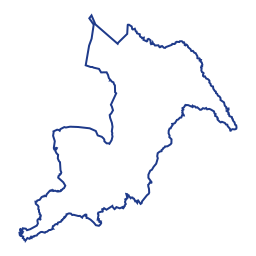 the district of Zacualpan, México, Mexico
{"feature_id": "50627088B66940099023343", "entity_name": "Zacualpan", "entity_type": "district", "adm_level": 2, "iso_a3": "MEX", "parent_name": "Mexico", "parent_adm1": "México", "projection": "robinson", "projection_center": [-99.827, 18.714], "detail": "fine", "context": "isolated", "style": "outline", "palette": "blue", "viewbox_px": 256, "rotation_deg": 0, "n_neighbors": 0, "source": "geoboundaries", "source_scale": "gbopen_adm2", "svg_char_len": 5802}
<svg xmlns="http://www.w3.org/2000/svg" viewBox="0 0 256 256"><path d="M78.1,127.0L70.0,126.7L65.9,127.5L64.3,127.1L60.4,129.1L59.7,130.7L58.8,130.0L57.1,129.7L53.5,131.4L53.7,131.8L53.1,135.8L54.8,141.2L53.8,148.0L54.2,149.3L54.5,149.3L56.1,147.8L56.9,148.1L56.3,149.3L55.2,150.3L55.3,150.8L56.6,153.4L58.1,154.8L57.8,158.4L58.9,161.0L60.0,162.2L60.5,170.3L61.3,172.4L60.9,173.7L59.8,174.2L60.0,174.7L58.5,176.1L58.2,177.7L63.3,182.3L65.3,185.7L64.0,188.2L62.8,188.8L62.0,189.9L61.1,190.0L60.9,191.0L59.8,191.4L58.7,191.0L58.1,191.5L57.6,191.0L57.0,191.4L55.2,190.7L53.4,191.0L53.2,190.5L52.7,190.7L52.2,190.1L51.8,190.6L51.0,190.8L50.8,190.4L49.9,190.7L46.7,194.3L46.0,196.2L44.4,195.7L43.8,196.5L43.0,196.4L41.6,197.1L39.7,199.8L37.3,200.5L36.6,201.7L35.5,201.7L35.8,203.8L37.8,205.5L38.5,206.6L38.3,209.1L39.0,210.0L39.0,211.9L39.8,213.3L39.7,214.3L40.8,215.3L40.6,216.7L40.2,216.7L39.8,217.6L40.5,219.2L40.3,219.5L38.7,218.9L37.7,219.6L37.4,220.8L37.9,223.5L36.8,225.6L30.2,229.2L27.0,230.2L25.8,228.7L22.8,228.3L22.3,230.3L20.5,229.0L20.2,229.2L20.0,229.9L20.7,232.1L22.8,232.1L22.4,233.0L19.5,232.9L19.8,235.0L20.4,235.7L21.5,234.8L21.6,236.1L23.2,236.6L22.8,238.1L23.9,238.7L24.3,239.9L25.4,240.1L25.5,240.6L27.4,238.0L29.4,238.8L30.8,238.1L30.8,237.8L30.3,237.7L31.0,236.8L31.8,237.7L32.2,236.8L33.0,236.9L33.5,236.3L34.2,236.4L34.5,235.9L36.7,235.5L37.9,234.0L40.6,232.1L42.0,231.9L44.9,232.7L45.3,232.1L47.0,231.7L49.2,230.0L50.4,230.0L52.4,229.1L52.5,228.7L53.0,228.7L52.5,228.1L52.9,226.2L53.4,226.2L55.1,224.5L56.3,224.0L57.4,224.3L58.0,222.6L60.9,221.7L61.7,220.1L62.3,220.2L62.9,219.0L64.2,218.1L64.1,217.3L64.6,216.8L65.2,217.0L66.6,215.0L66.5,214.3L69.0,213.4L70.9,213.6L72.2,215.0L73.7,214.8L78.3,216.0L79.9,215.9L82.2,217.6L82.7,216.5L84.5,215.1L85.0,215.5L85.5,214.6L86.3,214.7L86.6,218.0L87.9,218.1L90.6,219.7L93.7,222.5L95.9,225.2L98.9,225.8L100.3,224.6L101.2,223.1L101.1,222.5L99.8,222.0L100.5,221.3L98.7,220.7L98.9,219.3L97.7,219.5L98.5,215.0L97.9,213.9L98.3,212.6L101.1,211.7L102.5,211.7L102.8,211.1L101.9,208.4L102.4,209.3L103.6,209.1L104.1,208.2L106.5,209.7L112.3,206.0L112.4,206.6L114.5,209.1L115.4,208.5L116.4,207.1L119.8,208.3L122.4,207.1L122.5,208.0L123.2,208.3L123.9,207.3L123.6,206.9L124.8,206.0L124.8,205.2L125.8,204.0L125.1,202.6L125.1,201.5L125.7,200.0L125.4,199.5L126.1,199.4L126.5,199.0L126.3,198.7L127.4,198.0L126.3,194.0L127.3,194.2L127.9,195.0L128.8,195.4L128.9,195.9L128.3,195.9L128.4,196.5L129.8,197.0L130.7,198.2L131.4,197.5L132.5,197.5L133.2,198.5L134.0,198.7L135.6,202.1L135.3,200.2L137.2,202.8L137.7,200.6L138.1,200.4L140.6,203.9L141.6,203.2L142.1,201.3L147.0,195.2L148.6,193.9L149.2,192.7L149.0,188.9L148.3,186.4L148.2,184.8L148.6,184.6L150.0,182.3L151.0,182.8L151.4,182.7L151.5,182.1L148.4,177.8L148.4,174.7L150.2,170.7L151.9,169.7L153.7,166.7L156.2,163.7L157.8,158.2L157.2,156.2L157.7,153.2L159.7,151.6L161.5,151.2L161.6,150.0L162.7,149.3L163.2,148.2L164.7,147.3L165.0,146.5L167.5,146.3L170.6,144.3L171.4,143.2L171.5,139.3L169.3,137.1L169.6,135.6L168.6,133.4L168.7,130.7L169.6,128.5L170.7,128.3L171.3,126.9L172.6,125.1L172.2,123.9L173.7,123.7L175.0,123.0L176.9,119.9L178.2,119.5L179.9,117.7L181.3,117.5L182.1,115.2L183.8,115.4L183.6,114.7L182.2,112.8L182.7,112.1L182.2,110.5L183.3,109.7L182.5,108.6L182.5,108.0L183.8,107.5L185.4,105.0L186.0,105.3L186.6,105.0L188.4,105.2L191.5,106.6L192.4,105.8L192.8,106.9L193.8,106.2L195.0,106.5L196.0,107.6L197.3,107.3L200.1,109.8L201.4,109.6L202.9,108.2L204.9,108.7L206.1,108.0L207.1,109.3L209.2,108.9L210.6,109.4L214.0,111.4L214.5,113.4L215.6,114.1L215.1,114.9L215.2,116.0L216.4,116.4L217.2,117.3L217.8,118.3L217.4,118.8L217.6,119.6L219.7,121.7L220.8,122.4L221.9,121.8L224.8,122.9L226.0,124.5L227.3,124.7L227.7,126.2L229.9,128.7L230.3,130.6L230.7,130.7L231.2,129.8L232.3,129.2L234.8,129.4L235.8,129.0L236.3,128.7L236.5,127.4L236.2,125.3L235.1,124.7L234.5,122.3L233.5,121.3L232.8,120.0L232.9,119.3L232.1,118.6L231.9,117.1L229.4,116.1L229.0,114.3L228.3,113.9L228.7,113.0L228.5,112.4L226.7,111.0L228.6,109.7L228.5,108.5L226.4,108.7L226.2,107.1L224.8,105.7L224.0,102.4L220.5,100.0L220.5,98.0L219.5,96.5L217.9,95.6L217.2,93.9L216.0,93.1L215.8,91.6L214.9,91.1L213.3,88.7L213.0,86.5L211.7,86.2L210.8,85.4L210.6,83.9L209.3,82.5L209.5,81.0L208.9,80.0L207.7,79.0L206.3,78.6L204.8,76.3L203.8,76.6L203.0,75.9L203.1,74.3L203.6,73.3L203.4,72.8L202.0,72.1L201.3,70.3L201.6,68.6L201.0,67.6L201.1,67.1L202.0,66.6L201.6,65.9L202.4,64.9L201.7,62.4L200.5,61.5L200.9,60.1L199.7,60.2L199.9,59.1L199.4,58.4L198.3,58.5L197.4,58.2L197.4,56.3L195.6,53.1L194.4,52.8L192.9,50.9L191.3,51.0L190.5,49.2L188.1,47.2L187.9,46.2L186.9,44.9L186.4,44.6L185.4,45.4L184.7,45.0L184.7,43.7L183.9,42.3L183.2,42.7L182.0,41.3L181.3,41.2L179.8,41.3L179.3,42.0L176.6,41.8L175.5,42.5L175.5,43.3L174.6,44.0L172.3,43.9L171.7,44.9L166.0,47.0L165.1,47.9L163.8,47.7L162.2,46.1L161.1,46.2L160.6,47.1L159.6,47.2L158.4,45.3L155.0,45.5L154.1,44.2L153.3,44.1L152.7,42.6L152.2,43.9L151.1,44.2L150.7,43.4L150.5,40.3L148.7,38.9L147.6,39.3L147.3,41.0L146.8,41.4L143.4,39.8L143.8,37.7L142.0,38.1L141.8,37.5L140.4,36.8L139.8,35.8L139.8,34.3L137.0,33.3L136.6,31.6L135.8,31.4L134.8,28.7L132.9,29.5L132.2,29.0L131.7,26.5L128.9,24.7L127.8,24.8L127.7,25.2L127.2,33.9L118.2,42.7L117.7,43.8L95.4,24.4L91.5,15.4L89.3,18.3L93.7,24.7L91.6,38.7L89.1,45.6L85.7,65.3L90.7,67.0L92.4,67.0L93.5,67.6L99.0,68.9L101.1,72.4L106.6,72.3L108.0,74.9L108.9,78.1L110.4,79.9L110.2,80.3L110.7,80.2L111.8,81.6L113.4,82.3L114.0,84.1L114.9,85.4L115.1,92.3L116.2,93.3L110.9,104.8L111.8,106.4L113.0,110.3L111.3,113.3L109.7,115.0L110.1,117.8L111.9,122.9L112.5,126.8L111.8,131.3L112.3,133.1L112.1,134.5L112.5,136.6L111.6,140.2L109.4,143.8L108.5,143.3L106.6,143.3L104.4,141.3L104.3,139.6L103.7,138.6L101.8,136.8L97.7,135.4L95.8,131.0L89.7,128.3L78.1,127.0Z" fill="none" stroke="#1e3a8a" stroke-width="2"/></svg>